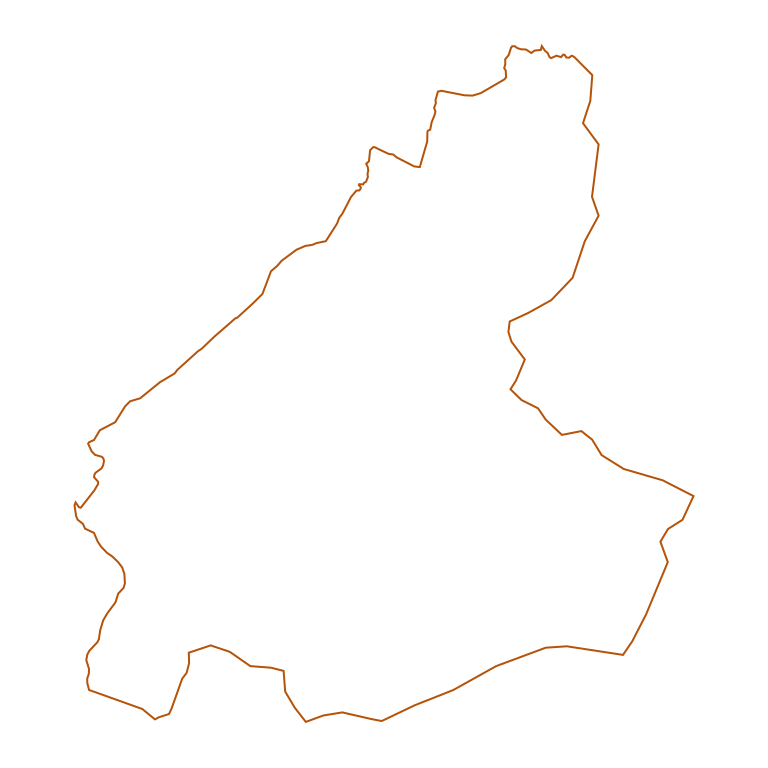 the district of Manyu, Sud-Ouest, Cameroon
{"feature_id": "32672807B1261524164639", "entity_name": "Manyu", "entity_type": "district", "adm_level": 2, "iso_a3": "CMR", "parent_name": "Cameroon", "parent_adm1": "Sud-Ouest", "projection": "albers", "projection_center": [9.296, 5.93], "detail": "fine", "context": "isolated", "style": "outline", "palette": "amber", "viewbox_px": 768, "rotation_deg": 0, "n_neighbors": 0, "source": "geoboundaries", "source_scale": "gbopen_adm2", "svg_char_len": 2785}
<svg xmlns="http://www.w3.org/2000/svg" viewBox="0 0 768 768"><path d="M572.4,55.9L571.4,55.8L569.2,57.7L566.4,57.5L564.6,54.8L563.1,54.7L561.1,57.1L557.4,56.0L556.5,55.7L551.1,58.1L549.6,57.2L547.5,52.8L544.9,50.7L541.8,46.1L540.8,50.0L537.3,50.3L534.4,50.6L531.4,53.0L526.0,49.5L521.1,49.3L517.3,48.1L514.7,46.2L512.2,46.3L511.1,47.5L508.7,55.0L505.2,59.3L505.3,64.1L504.2,68.1L505.7,70.5L506.1,77.4L505.2,78.4L504.2,79.5L493.9,85.5L480.6,93.2L472.6,95.6L464.5,95.3L456.8,93.8L441.4,90.8L437.9,91.6L435.9,98.8L435.5,100.4L435.9,103.0L434.1,107.8L435.4,111.4L434.7,114.7L431.7,122.1L430.2,129.7L427.9,130.7L427.5,131.7L427.4,132.0L427.3,137.2L427.2,141.5L419.8,167.1L414.2,166.4L396.7,157.4L393.2,154.5L388.7,153.9L382.7,151.1L374.7,147.2L373.3,147.1L370.1,150.2L369.0,161.2L366.2,163.8L367.6,166.6L368.3,170.4L367.5,174.0L367.9,177.0L366.0,181.8L363.9,183.0L363.6,183.5L363.2,184.4L359.2,184.2L358.9,185.2L360.7,187.0L360.8,188.4L359.4,190.4L356.4,190.6L351.0,197.0L342.4,213.6L339.2,217.9L337.1,223.5L325.8,241.2L319.8,242.4L316.5,243.1L312.2,244.9L305.4,245.9L296.5,249.7L281.7,260.7L277.4,265.7L271.0,271.2L266.5,283.2L262.4,294.0L252.9,303.4L237.1,317.8L235.4,318.3L218.2,333.3L214.7,336.3L201.6,348.8L198.0,351.2L177.4,369.8L174.6,373.5L169.5,376.5L164.7,379.4L160.1,382.1L140.1,398.3L130.0,401.3L125.0,406.5L115.2,422.2L99.9,430.2L94.0,440.0L89.1,442.2L88.1,443.7L91.7,451.4L95.1,454.9L101.9,456.8L103.3,458.3L104.0,460.9L103.1,465.5L101.5,468.4L95.6,472.7L94.5,474.4L94.0,477.1L98.2,481.9L98.0,484.2L94.1,490.7L80.8,507.7L79.0,507.3L75.6,502.4L74.5,505.2L75.1,509.3L76.1,516.0L77.5,519.5L77.9,519.9L82.9,523.9L85.1,528.7L94.0,532.9L97.6,541.4L101.1,546.7L107.1,552.9L112.2,556.4L117.9,561.9L118.5,562.6L122.2,567.5L124.4,573.9L124.9,583.5L123.5,588.0L118.2,593.6L115.5,602.3L107.4,613.2L103.2,620.3L102.0,624.3L100.2,630.3L98.9,639.1L97.4,642.2L89.4,650.7L87.3,654.5L86.3,660.1L89.0,669.0L88.8,673.9L87.2,678.6L87.3,683.1L89.1,690.0L142.3,709.0L155.0,719.4L158.8,717.3L169.0,714.0L171.4,709.0L182.2,678.7L186.6,672.9L189.1,663.2L188.8,652.7L210.7,645.4L213.6,646.4L229.7,651.8L235.5,655.8L250.3,666.1L271.0,667.7L283.6,670.9L285.2,691.6L294.7,707.6L305.8,721.9L323.3,715.5L342.3,712.4L371.1,719.0L378.9,720.5L381.8,721.0L414.9,705.2L453.3,690.0L496.2,666.1L545.7,647.7L566.8,646.3L623.0,654.9L632.2,641.4L646.0,614.6L648.0,609.8L667.8,562.1L660.4,541.7L668.0,529.0L682.5,519.8L693.5,496.1L662.7,480.3L623.8,469.0L601.6,455.1L592.2,439.7L581.4,431.1L561.9,434.9L545.7,419.6L538.0,408.3L521.6,400.1L510.5,389.3L516.1,380.4L524.8,359.5L511.5,341.7L508.4,332.0L509.7,321.5L528.3,312.9L551.3,300.1L572.6,277.8L584.8,241.2L598.6,215.7L592.0,196.8L598.6,144.4L583.0,123.2L590.3,100.9L592.3,75.1L584.1,66.9L574.5,57.2L572.4,55.9Z" fill="none" stroke="#b45309" stroke-width="2"/></svg>